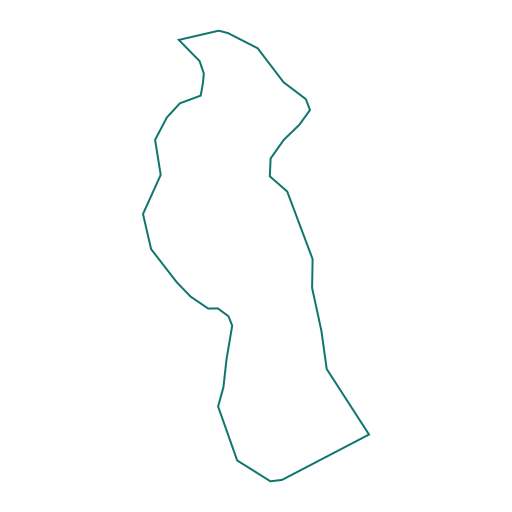 outline of Brezovica
{"feature_id": "SVN-940", "entity_name": "Brezovica", "entity_type": "Municipality", "adm_level": 1, "iso_a3": "SVN", "parent_name": "Slovenia", "parent_adm1": "", "projection": "albers", "projection_center": [14.418, 45.949], "detail": "fine", "context": "isolated", "style": "outline", "palette": "teal", "viewbox_px": 512, "rotation_deg": 0, "n_neighbors": 0, "source": "natural_earth", "source_scale": "10m", "svg_char_len": 596}
<svg xmlns="http://www.w3.org/2000/svg" viewBox="0 0 512 512"><path d="M218.7,30.7L228.0,33.1L257.7,48.3L283.5,82.2L305.8,99.1L310.0,110.0L299.4,124.7L283.8,139.8L270.6,158.5L269.8,176.3L287.2,191.5L312.6,259.1L312.1,287.9L321.4,330.9L326.7,369.0L369.0,434.5L282.0,479.9L270.4,481.3L237.2,460.5L218.1,406.5L223.4,387.4L226.5,359.4L232.2,325.7L228.5,316.3L217.8,308.4L208.3,308.6L190.7,296.7L176.7,282.2L151.1,249.1L143.0,214.0L160.7,174.9L155.1,139.8L166.9,117.4L179.9,103.3L200.7,95.6L203.0,82.6L203.8,73.5L199.6,61.1L178.8,39.9L218.7,30.7Z" fill="none" stroke="#0f766e" stroke-width="2"/></svg>